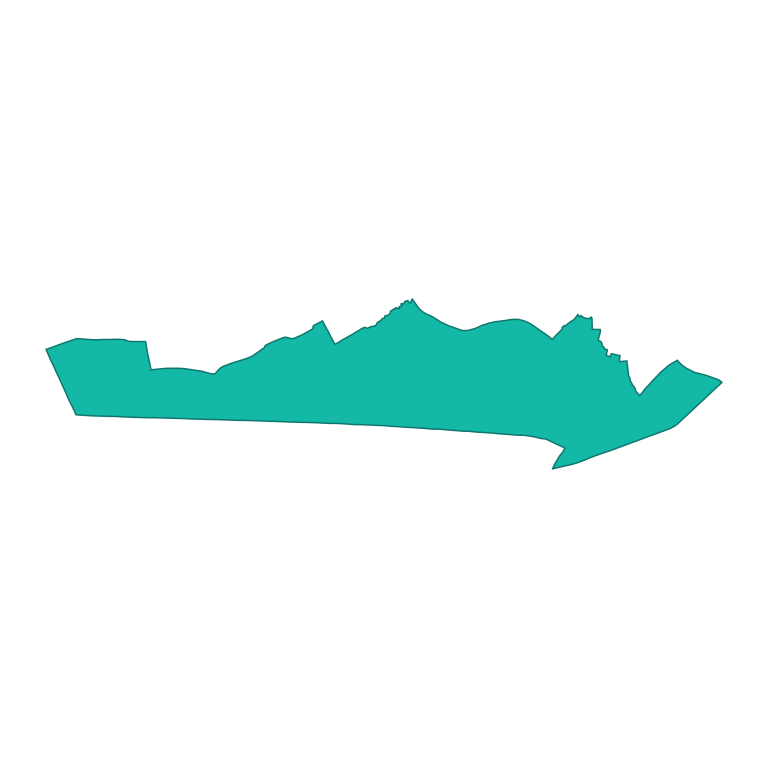 Bang Kruai, Nonthaburi, Thailand (Mercator projection)
{"feature_id": "78962969B85979697822456", "entity_name": "Bang Kruai", "entity_type": "district", "adm_level": 2, "iso_a3": "THA", "parent_name": "Thailand", "parent_adm1": "Nonthaburi", "projection": "mercator", "projection_center": [100.434, 13.813], "detail": "fine", "context": "isolated", "style": "filled", "palette": "teal", "viewbox_px": 768, "rotation_deg": 0, "n_neighbors": 0, "source": "geoboundaries", "source_scale": "gbopen_adm2", "svg_char_len": 6015}
<svg xmlns="http://www.w3.org/2000/svg" viewBox="0 0 768 768"><path d="M420.1,309.6L418.4,307.8L417.6,306.7L415.8,304.1L412.4,299.2L411.7,299.8L411.5,300.1L411.3,300.6L410.9,302.5L410.6,303.0L410.3,303.2L410.0,303.2L409.8,303.1L409.3,302.5L408.9,302.0L408.1,300.9L407.9,300.7L407.7,300.6L407.2,300.6L406.1,301.2L405.0,301.5L404.7,301.7L404.3,302.2L404.2,302.4L404.1,303.4L404.0,303.6L403.8,303.8L403.5,303.9L403.1,303.9L401.6,303.6L401.4,303.7L401.1,303.9L401.0,304.2L401.0,304.5L401.7,305.6L401.7,305.8L401.7,306.0L401.3,306.3L399.8,306.5L399.4,306.6L399.2,306.8L399.1,307.0L399.5,307.9L399.5,308.1L399.5,308.4L399.3,308.7L399.0,308.8L398.7,308.7L397.9,308.3L397.1,308.3L396.9,308.1L396.4,307.7L396.2,307.6L395.7,308.0L395.6,308.6L395.5,308.8L395.0,308.9L394.1,308.8L393.9,308.9L393.6,309.1L392.9,309.8L391.4,310.7L390.7,311.0L390.4,311.3L390.3,311.6L390.3,312.7L390.2,313.2L390.0,313.6L389.6,314.0L386.8,315.8L386.3,315.9L385.2,315.8L384.9,315.9L384.8,316.1L384.8,316.9L384.7,317.3L384.5,317.7L384.3,317.9L383.9,318.2L382.9,318.4L382.1,318.8L381.8,319.1L381.5,319.8L381.3,320.0L378.9,321.7L378.6,321.9L377.9,322.1L377.6,322.3L377.2,322.7L377.0,323.1L376.7,324.5L375.2,325.6L374.6,326.1L374.0,326.3L372.6,326.3L370.9,326.7L367.6,328.2L367.0,328.2L366.2,327.9L365.3,327.4L364.9,327.3L362.8,328.1L361.7,328.6L358.9,330.4L356.2,331.9L354.7,332.9L353.0,334.0L344.0,339.0L341.8,340.2L340.8,340.9L339.9,341.4L338.5,342.4L337.3,343.1L335.0,344.3L334.5,343.6L334.0,342.8L332.5,339.7L331.4,337.8L330.5,336.1L327.6,330.2L326.5,328.7L325.6,326.7L324.4,324.7L323.6,322.9L322.5,320.9L319.3,322.6L313.8,325.5L313.6,325.6L313.3,326.0L312.9,327.7L312.6,328.5L312.4,328.8L312.3,329.1L311.7,329.5L303.1,334.3L300.8,335.4L294.8,338.0L293.8,338.4L293.1,338.6L291.2,338.6L290.7,338.5L288.0,337.7L286.1,337.3L285.5,337.2L284.4,337.4L282.5,338.0L278.2,339.6L272.0,342.2L268.8,343.7L266.3,344.9L265.7,345.3L265.4,345.5L265.2,345.8L264.4,347.3L263.8,348.0L257.1,352.8L254.0,354.9L251.8,356.4L250.1,357.1L247.3,358.2L245.4,358.9L241.4,360.2L232.1,363.0L223.4,366.3L220.9,367.7L218.8,369.5L215.3,373.5L214.3,373.9L211.3,373.8L206.0,372.4L203.2,371.6L200.8,371.1L184.8,368.7L178.6,368.3L166.7,368.3L151.0,369.8L150.8,368.6L149.9,363.9L148.8,358.9L148.1,356.1L147.3,351.7L145.8,343.0L145.7,341.6L131.7,341.5L129.1,341.4L128.1,341.1L126.6,340.5L125.4,340.0L124.8,339.8L120.3,339.4L115.0,339.3L109.2,339.5L101.5,339.5L100.2,339.7L94.3,339.8L90.3,339.6L76.8,338.6L76.3,338.8L68.4,341.4L57.1,345.4L50.8,347.8L47.0,349.1L46.1,349.4L47.1,351.7L49.0,356.1L50.1,358.8L52.2,363.1L57.9,375.5L59.7,379.3L65.7,392.6L68.5,399.1L74.1,410.3L75.6,413.8L76.1,414.8L91.5,415.8L109.9,416.4L114.1,416.4L119.0,416.6L125.5,417.0L132.9,417.3L147.8,417.7L154.1,417.7L177.8,418.4L185.2,418.6L192.5,419.0L208.0,419.4L217.2,419.6L231.9,420.1L235.6,420.3L248.6,420.5L257.6,420.8L262.9,421.0L269.5,421.3L275.3,421.4L283.5,421.7L291.7,422.1L295.1,422.1L302.3,422.4L305.2,422.4L316.1,422.7L317.5,422.7L320.3,423.0L324.9,423.1L327.7,423.3L329.7,423.4L334.7,423.4L339.0,423.5L346.8,424.0L351.3,424.3L354.7,424.6L363.7,424.7L367.7,425.0L373.3,425.1L376.9,425.4L384.0,425.6L391.4,426.3L398.8,426.7L405.6,427.3L410.0,427.4L423.8,428.3L428.5,428.8L434.2,429.2L439.4,429.2L462.1,431.1L468.6,431.3L478.3,432.2L487.1,432.7L490.9,432.9L495.9,433.5L500.1,433.8L504.5,434.1L515.1,435.0L524.9,435.4L533.6,436.7L541.1,438.5L545.8,439.0L564.7,448.0L564.2,449.5L563.7,450.4L563.3,451.2L562.0,453.0L559.6,456.0L557.1,460.0L554.4,464.7L553.2,467.3L552.7,468.8L559.5,467.2L571.8,464.4L574.9,463.5L577.5,462.7L584.2,460.2L586.6,459.1L588.6,458.3L594.9,455.9L599.8,454.2L612.0,450.0L631.4,442.8L644.8,437.8L658.6,432.8L666.4,429.9L669.7,428.7L671.7,427.7L673.4,426.8L675.1,425.7L676.4,424.8L678.1,423.4L705.2,398.1L707.4,396.0L720.8,383.5L721.9,382.4L721.0,381.5L720.0,380.8L719.0,380.1L717.7,379.5L715.8,378.8L712.5,377.6L705.3,375.1L702.9,374.5L700.1,373.8L694.9,372.5L686.8,368.5L684.4,366.9L682.2,365.3L680.3,363.5L678.5,361.6L677.4,360.3L671.8,363.4L668.8,365.4L667.7,366.2L666.3,367.5L663.3,370.0L661.8,371.2L659.2,373.7L657.3,375.9L655.7,377.4L654.6,378.8L653.3,379.9L650.4,383.2L649.0,384.7L647.4,386.5L645.5,388.3L643.9,390.4L642.5,392.3L642.0,393.0L639.5,395.5L637.0,392.6L636.0,391.3L635.6,390.3L635.1,388.6L634.6,387.8L634.5,387.2L634.0,386.6L633.7,386.2L633.4,385.9L633.1,385.4L632.7,385.2L632.4,385.1L632.1,384.4L631.9,383.5L631.8,383.2L630.3,381.0L629.9,378.3L629.8,377.7L628.8,376.1L628.6,375.6L628.6,375.2L628.0,371.1L627.4,364.9L626.9,363.4L626.9,363.1L627.0,362.4L627.0,361.0L623.8,361.2L620.7,361.6L619.8,361.7L619.6,361.6L619.4,361.3L619.5,359.6L619.9,356.0L620.0,355.6L619.9,355.5L615.9,354.8L611.8,353.7L611.5,353.8L611.2,354.1L610.5,355.5L610.1,356.8L606.3,355.5L607.0,351.4L607.4,349.9L607.1,349.6L605.6,349.4L605.2,349.3L604.0,348.6L604.0,348.4L604.2,347.8L604.1,347.4L603.6,347.0L603.2,346.6L602.2,345.7L601.9,345.4L602.2,344.1L602.2,343.9L600.9,341.6L600.7,341.4L598.2,340.7L598.9,337.1L600.2,332.4L600.3,331.7L600.3,329.5L596.8,329.5L596.0,329.4L592.2,329.3L592.2,327.3L592.1,322.2L591.9,319.2L592.1,319.0L591.7,318.0L591.4,317.2L590.4,317.4L590.3,317.6L590.4,318.2L589.6,318.5L588.8,318.6L587.5,318.5L585.2,318.2L583.1,317.1L582.6,317.0L582.0,316.6L581.1,315.7L580.1,316.8L577.8,314.6L575.8,317.4L575.1,318.4L573.6,319.8L572.5,320.6L572.3,320.7L571.6,321.0L570.7,321.7L569.7,322.3L568.2,323.4L565.4,325.9L565.3,326.0L564.3,325.6L564.1,325.6L562.2,327.5L562.1,327.8L562.1,329.1L561.7,329.6L558.7,332.7L556.4,334.9L554.2,337.3L552.2,339.6L550.7,338.1L548.6,336.4L544.0,333.1L539.4,330.0L536.0,327.5L532.8,325.3L530.0,323.5L528.5,322.7L525.4,321.4L523.2,320.6L518.8,319.5L518.0,319.4L515.8,319.3L510.3,319.6L505.5,320.5L498.7,321.3L494.3,322.0L489.5,323.0L482.9,325.1L482.1,325.3L479.7,326.5L475.1,328.5L468.6,330.3L466.4,330.6L463.0,330.5L462.0,330.4L460.9,330.1L449.1,325.9L445.5,324.3L441.3,322.3L439.7,321.4L434.6,318.1L432.3,316.7L430.0,315.5L427.6,314.6L426.5,314.1L423.2,312.2L421.1,310.5L420.1,309.6Z" fill="#14b8a6" stroke="#0f766e" stroke-width="1.5"/></svg>